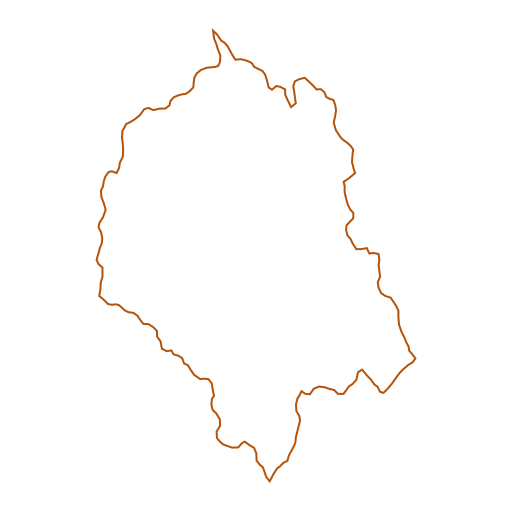 Itaúna, Minas Gerais, Brazil
{"feature_id": "56859067B71010980379749", "entity_name": "Itaúna", "entity_type": "district", "adm_level": 2, "iso_a3": "BRA", "parent_name": "Brazil", "parent_adm1": "Minas Gerais", "projection": "equal_earth", "projection_center": [-44.581, -20.081], "detail": "fine", "context": "isolated", "style": "outline", "palette": "amber", "viewbox_px": 512, "rotation_deg": 0, "n_neighbors": 0, "source": "geoboundaries", "source_scale": "gbopen_adm2", "svg_char_len": 3256}
<svg xmlns="http://www.w3.org/2000/svg" viewBox="0 0 512 512"><path d="M269.7,481.3L273.6,473.9L277.0,468.6L279.9,466.4L283.3,462.9L287.4,460.9L288.8,455.7L291.2,451.2L293.6,446.8L295.4,442.7L295.9,437.1L297.1,432.4L298.4,427.1L300.0,420.9L299.4,416.0L296.4,411.1L296.0,404.3L297.4,398.6L299.6,395.1L301.5,391.2L305.5,393.9L309.9,394.3L313.7,388.8L319.0,386.5L324.9,387.3L329.8,389.0L334.1,390.0L338.0,393.9L343.5,393.9L346.0,390.5L349.0,386.3L352.7,383.9L356.3,379.9L358.0,372.3L362.1,369.6L366.7,375.2L371.0,379.7L374.3,384.4L377.4,386.6L380.1,391.8L383.4,392.9L387.4,389.0L391.8,383.8L395.1,379.2L397.5,375.8L400.0,372.5L403.3,369.2L408.0,365.2L412.7,362.2L415.4,358.4L412.0,353.9L409.3,350.9L408.5,346.3L406.4,342.6L404.6,337.9L401.7,332.3L399.1,325.0L398.4,317.6L398.4,310.7L396.2,306.0L393.8,302.3L390.7,297.7L385.2,295.9L381.2,293.2L378.5,287.6L377.8,282.2L380.1,276.8L379.2,269.7L378.6,265.0L379.4,259.6L378.5,254.0L373.6,253.0L369.3,253.5L366.8,248.1L361.5,249.1L356.3,249.1L352.6,243.4L350.6,239.0L347.4,235.3L346.1,230.2L346.5,225.3L350.3,221.3L353.2,218.4L353.4,213.1L350.1,209.3L347.6,204.1L346.1,198.7L344.6,192.1L344.7,186.3L343.6,181.8L348.1,178.9L351.9,175.8L355.1,173.1L353.6,168.5L352.0,162.1L352.5,155.1L353.2,149.6L350.7,146.0L347.4,142.9L344.3,140.7L341.4,138.3L338.8,134.7L335.9,130.2L333.7,122.8L335.2,115.7L336.0,110.4L335.3,105.2L333.3,99.9L330.1,99.0L326.3,97.1L324.5,92.4L320.9,89.2L316.5,89.4L312.8,85.3L308.8,81.5L304.7,77.8L299.1,79.2L294.8,81.4L293.3,86.4L294.2,91.6L295.0,98.2L295.8,103.2L291.1,107.1L287.8,100.4L285.2,94.6L285.1,89.4L280.6,87.0L276.4,86.0L272.0,89.7L268.7,87.5L267.1,80.9L265.1,74.5L262.5,71.0L258.5,69.0L254.1,66.8L251.9,63.2L248.6,61.4L244.1,59.9L240.4,59.2L235.4,59.7L232.2,54.7L229.7,50.1L227.4,45.9L224.6,42.8L221.1,40.5L217.0,34.4L213.1,30.7L214.1,38.6L216.3,43.9L217.9,49.4L220.4,55.8L220.0,61.9L218.2,65.9L214.9,67.0L211.3,67.3L206.6,67.8L200.9,70.0L196.9,73.2L194.3,77.9L193.7,82.5L193.3,87.4L189.5,91.4L185.7,93.9L182.0,94.3L177.6,95.6L173.9,97.2L170.6,100.7L169.4,105.4L165.5,108.5L159.7,108.6L153.1,110.1L148.5,107.9L144.3,109.1L139.7,115.4L134.6,119.4L130.8,121.8L126.2,124.0L122.4,131.2L122.0,137.8L122.7,143.0L123.1,149.8L122.9,156.5L119.8,162.9L119.1,168.0L116.5,173.1L111.8,171.2L108.5,172.2L105.5,176.3L103.9,180.8L103.0,186.3L100.9,190.8L101.4,197.0L103.9,203.6L105.7,209.8L103.0,217.2L99.5,222.8L98.5,227.2L101.2,232.6L102.3,238.5L101.7,243.7L99.9,247.8L98.5,253.2L96.6,259.8L98.5,264.0L102.5,267.7L102.5,276.6L100.7,282.9L100.5,288.8L99.2,295.9L103.8,299.8L108.0,304.0L112.0,304.8L115.7,304.3L118.9,305.1L121.7,307.5L124.8,310.4L128.5,312.2L133.6,312.9L137.6,315.9L140.3,320.0L143.3,323.9L148.4,324.1L153.2,327.1L157.0,331.1L157.0,336.5L160.5,341.3L161.9,348.7L166.7,351.2L171.3,350.4L173.8,354.5L178.2,355.6L182.2,358.1L184.1,363.5L187.9,365.2L190.5,369.6L194.1,374.8L200.2,379.1L204.7,378.7L208.5,379.2L211.7,383.3L212.9,390.5L214.0,395.7L211.9,399.1L211.4,404.5L212.6,409.9L216.2,413.3L219.9,419.5L220.1,425.8L216.6,431.5L217.0,438.1L219.9,441.6L223.3,444.5L227.1,445.9L232.1,447.6L238.2,447.4L241.7,443.5L244.8,441.6L249.1,444.9L254.1,447.9L256.3,453.3L256.6,460.6L259.6,464.5L263.0,467.5L264.7,472.5L266.4,477.2L269.7,481.3Z" fill="none" stroke="#b45309" stroke-width="2"/></svg>